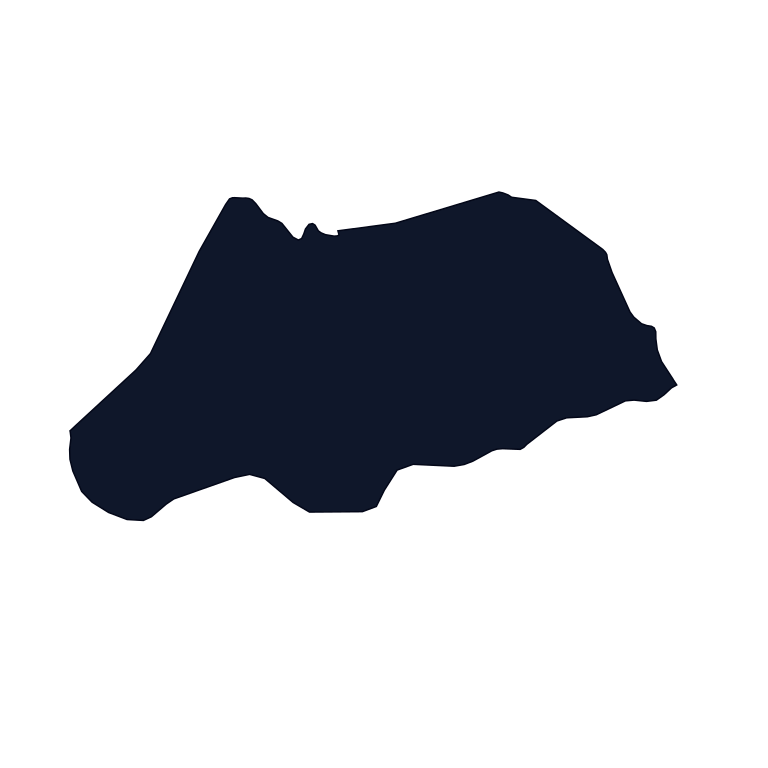 the border of Chikwawa, rotated 294°
{"feature_id": "MWI-1916", "entity_name": "Chikwawa", "entity_type": "District", "adm_level": 1, "iso_a3": "MWI", "parent_name": "Malawi", "parent_adm1": "", "projection": "albers", "projection_center": [34.734, -16.216], "detail": "fine", "context": "isolated", "style": "filled", "palette": "ink", "viewbox_px": 768, "rotation_deg": 294, "n_neighbors": 0, "source": "natural_earth", "source_scale": "10m", "svg_char_len": 1371}
<svg xmlns="http://www.w3.org/2000/svg" viewBox="0 0 768 768"><g transform="rotate(294 384 384)"><path d="M502.2,651.8L497.4,648.2L488.1,644.2L480.0,639.4L474.9,630.9L471.0,619.0L466.8,611.4L442.2,590.4L436.8,583.1L427.4,564.6L420.5,557.0L387.0,539.0L383.0,537.5L379.7,535.0L373.2,518.7L370.4,513.6L366.8,509.6L349.7,496.6L343.1,490.0L337.4,481.5L322.5,443.3L310.7,431.0L287.2,427.5L269.0,426.8L258.6,416.2L236.7,368.0L238.8,349.2L249.2,313.5L246.8,298.0L237.8,285.5L193.5,238.7L185.7,233.9L168.1,225.5L161.5,219.7L155.7,204.4L154.6,184.7L157.3,165.4L162.9,151.5L178.0,135.1L187.4,127.8L196.4,123.4L207.4,120.0L213.2,116.5L213.4,116.2L221.0,119.4L295.9,151.7L316.9,158.3L429.9,161.2L483.6,166.3L490.3,167.6L492.5,169.8L493.5,171.9L496.4,179.5L497.7,182.1L498.6,185.2L498.6,188.6L496.6,193.6L490.6,204.4L489.0,210.3L489.8,220.7L489.2,225.4L481.1,241.1L480.7,247.2L483.4,249.6L488.4,249.7L493.7,249.2L499.4,250.6L501.5,253.5L501.1,256.4L497.2,261.7L496.5,265.1L496.6,269.8L498.8,278.3L500.3,281.1L501.9,282.3L505.2,279.6L535.5,329.0L606.1,410.9L606.9,414.9L607.2,420.5L606.5,424.6L613.4,448.0L595.9,529.1L594.4,532.8L592.7,535.0L588.8,537.4L578.6,547.0L549.9,579.4L546.7,585.0L543.8,594.7L544.3,600.4L545.5,604.9L545.1,608.1L542.3,611.0L535.8,614.0L526.3,619.8L517.4,628.4L506.0,646.0L505.9,646.0L502.2,651.8Z" fill="#0f172a" stroke="#020617" stroke-width="1.5"/></g></svg>